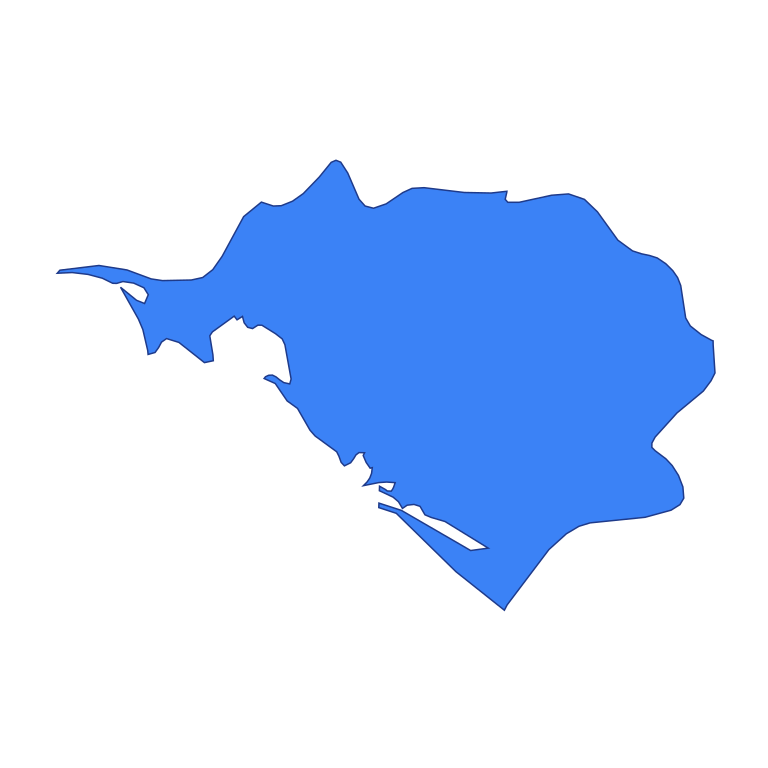 Thừa Thiên - Huế, Albers equal-area conic projection, rotated 182°
{"feature_id": "VNM-490", "entity_name": "Thừa Thiên - Huế", "entity_type": "Province", "adm_level": 1, "iso_a3": "VNM", "parent_name": "Vietnam", "parent_adm1": "", "projection": "albers", "projection_center": [107.633, 16.382], "detail": "fine", "context": "isolated", "style": "filled", "palette": "blue", "viewbox_px": 768, "rotation_deg": 182, "n_neighbors": 0, "source": "natural_earth", "source_scale": "10m", "svg_char_len": 2236}
<svg xmlns="http://www.w3.org/2000/svg" viewBox="0 0 768 768"><g transform="rotate(182 384 384)"><path d="M95.8,502.6L94.3,500.6L90.9,492.8L84.8,460.5L79.9,452.7L68.8,444.5L58.1,439.1L56.6,438.6L56.6,438.4L56.4,434.5L53.6,406.6L57.3,398.6L64.6,388.1L90.2,365.3L111.2,340.4L114.2,334.3L114.1,330.0L110.7,326.8L99.6,319.0L93.1,312.5L86.5,302.9L81.7,291.6L80.4,280.4L84.0,273.8L92.7,267.9L118.4,259.9L173.2,252.4L184.2,248.6L196.5,240.7L213.4,224.3L253.2,167.6L255.8,162.1L305.5,198.9L367.2,255.2L384.9,260.3L384.9,264.8L362.2,258.3L291.6,220.6L274.1,223.6L318.2,248.7L332.2,252.3L338.5,254.7L343.7,263.0L349.8,264.7L356.6,263.7L361.2,260.3L365.4,266.8L370.9,271.2L384.9,277.2L384.9,281.7L378.7,278.5L377.0,277.2L373.0,277.2L371.7,279.2L370.8,281.2L369.4,285.8L377.9,286.1L385.8,285.3L401.0,281.7L397.5,285.5L394.9,289.6L393.3,294.3L392.8,300.0L394.9,299.4L399.1,305.0L402.3,311.8L401.0,314.6L406.6,314.6L409.6,312.1L411.7,308.3L414.6,304.1L420.7,300.8L424.1,304.2L426.5,310.2L428.9,314.6L451.0,329.6L456.3,335.2L469.6,356.6L480.2,363.7L492.7,380.7L504.0,385.3L502.7,387.1L499.6,388.7L495.8,389.0L492.1,387.3L488.4,384.5L484.2,381.9L478.2,380.8L477.0,385.7L484.4,419.8L487.3,425.5L494.2,430.5L508.1,438.5L512.1,438.4L517.3,434.8L522.2,435.9L525.9,440.3L527.8,446.6L533.1,443.0L536.1,446.6L557.3,430.1L559.8,426.1L556.0,407.2L555.4,401.3L564.2,399.1L590.4,418.4L602.9,421.8L607.8,418.1L610.5,412.6L613.9,407.5L620.8,405.3L621.3,409.2L626.9,430.0L631.7,440.3L650.7,471.5L634.2,459.0L626.1,456.1L622.7,465.0L627.3,471.8L637.7,476.1L648.5,477.3L654.7,475.2L658.7,475.2L669.2,479.9L683.6,483.2L699.5,484.5L714.4,483.3L711.9,486.4L711.4,486.5L673.0,492.5L644.8,489.0L620.3,480.9L609.0,479.6L580.2,481.2L568.9,484.1L559.1,492.3L550.2,506.0L530.1,546.4L512.9,561.5L500.8,558.0L492.9,558.6L481.8,563.5L471.3,571.5L455.9,588.6L444.5,603.7L439.8,605.9L435.0,604.2L427.6,593.6L415.4,567.8L409.1,561.2L400.6,559.3L388.1,564.1L371.8,576.0L362.8,580.5L350.8,581.6L310.5,578.2L283.6,578.6L267.9,580.9L268.0,579.7L269.3,572.8L266.6,569.9L255.3,570.3L223.1,578.5L206.2,580.4L190.1,575.5L176.7,563.5L155.3,535.9L140.3,525.7L131.2,523.1L123.1,521.7L115.3,519.5L106.4,513.9L99.3,507.3L95.8,502.6Z" fill="#3b82f6" stroke="#1e3a8a" stroke-width="1.5"/></g></svg>